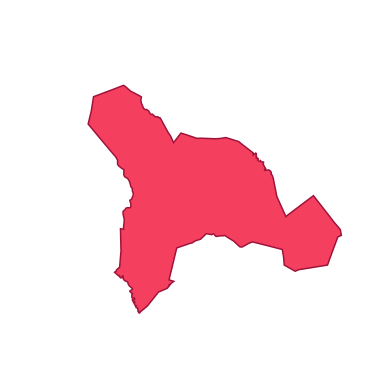 the district of San Cristóbal Amatlán, Oaxaca, Mexico, rotated 149°
{"feature_id": "50627088B79757190065545", "entity_name": "San Cristóbal Amatlán", "entity_type": "district", "adm_level": 2, "iso_a3": "MEX", "parent_name": "Mexico", "parent_adm1": "Oaxaca", "projection": "albers", "projection_center": [-96.353, 16.302], "detail": "fine", "context": "isolated", "style": "filled", "palette": "rose", "viewbox_px": 384, "rotation_deg": 149, "n_neighbors": 0, "source": "geoboundaries", "source_scale": "gbopen_adm2", "svg_char_len": 4944}
<svg xmlns="http://www.w3.org/2000/svg" viewBox="0 0 384 384"><g transform="rotate(149 192 192)"><path d="M246.0,303.8L246.0,303.7L243.2,285.3L240.5,268.3L239.3,261.3L239.4,258.4L239.4,257.7L239.9,256.7L240.1,256.5L241.5,254.2L241.5,252.3L240.7,250.2L240.2,248.8L239.7,247.6L239.3,247.1L239.0,246.4L238.8,246.3L241.1,242.7L241.4,242.4L241.6,241.8L241.7,240.8L241.8,240.6L241.8,240.0L241.7,239.3L241.4,238.8L241.0,238.2L240.7,237.6L240.4,237.1L240.2,236.8L240.2,236.2L240.1,234.9L240.1,234.1L240.2,233.4L240.5,232.4L240.6,231.5L240.8,230.6L241.1,230.1L241.2,229.5L241.4,229.1L241.7,228.1L241.6,227.8L241.6,227.6L241.5,227.1L241.5,226.8L241.5,226.2L241.5,225.6L241.7,225.3L241.8,225.1L242.0,224.7L242.3,224.2L242.6,223.6L242.8,222.1L243.1,221.4L243.5,220.3L244.2,219.4L245.4,218.6L246.7,217.6L247.5,217.0L248.6,216.9L249.4,216.9L249.6,216.9L249.8,216.4L250.0,215.7L250.1,214.8L250.3,214.1L250.8,213.1L251.1,212.2L251.3,211.7L251.8,211.3L252.0,210.9L252.5,210.7L253.3,210.5L254.1,210.9L254.6,211.3L255.3,211.7L255.8,211.9L256.2,212.1L256.7,212.1L257.3,212.0L257.8,211.8L258.4,211.4L259.2,211.2L259.7,211.2L260.2,211.1L261.0,210.9L262.0,209.4L262.3,208.9L263.1,206.8L263.9,204.2L264.9,202.3L266.2,200.5L267.9,198.4L269.6,195.9L269.9,195.3L272.2,197.4L277.1,188.8L283.6,177.4L284.0,177.0L292.7,164.9L296.9,164.1L297.5,163.2L299.7,163.1L298.2,158.1L297.9,158.0L297.5,157.9L297.3,157.6L297.5,157.2L297.7,156.5L297.3,155.1L297.0,155.0L296.4,154.8L295.8,154.8L295.6,155.0L295.3,155.5L295.2,155.8L294.8,155.8L294.5,155.6L294.3,155.3L294.3,155.1L294.5,154.8L294.7,154.6L295.2,154.2L295.5,154.0L295.4,153.7L295.6,153.4L295.6,153.2L295.6,152.5L295.6,151.6L295.4,150.9L295.2,150.5L294.7,149.7L294.4,149.3L294.0,148.7L293.6,148.2L293.5,147.7L293.5,147.4L293.7,147.1L293.9,146.8L294.0,146.3L294.1,145.5L294.1,144.0L294.0,143.4L293.7,142.9L293.6,142.1L293.3,141.6L293.2,141.0L293.0,140.5L292.9,140.2L293.0,139.8L293.2,139.6L293.4,139.3L293.8,139.2L294.2,139.2L294.5,139.1L295.1,139.2L295.2,139.3L295.5,139.4L295.8,139.3L296.1,139.1L296.4,139.0L296.4,138.7L296.3,138.0L296.1,137.4L296.1,137.1L296.0,136.7L295.8,136.5L295.7,136.4L295.5,136.2L295.4,136.0L295.4,135.8L295.4,135.6L295.5,135.4L295.8,135.1L296.1,135.1L296.3,135.0L296.5,134.9L296.6,134.5L296.8,134.4L297.0,134.1L297.2,133.7L297.3,133.5L297.5,133.1L297.7,132.7L297.8,132.4L297.8,132.0L297.7,131.6L297.6,131.4L297.4,131.4L297.2,131.5L296.6,131.4L296.2,131.1L295.9,130.7L296.1,130.2L296.1,129.9L296.4,129.7L296.8,129.4L297.0,129.3L297.2,129.2L297.6,129.4L297.7,129.5L297.8,129.7L297.9,130.0L298.1,130.4L298.3,130.3L298.7,130.3L298.9,127.6L298.7,127.6L298.4,127.6L298.1,127.5L297.9,127.4L297.7,127.1L297.8,126.7L298.2,126.5L298.8,126.3L299.0,126.2L299.2,123.6L298.7,123.3L298.5,123.2L299.0,122.9L299.1,122.7L299.3,122.5L299.4,121.5L299.2,121.3L298.9,121.2L298.7,121.1L298.5,120.9L298.4,120.7L298.5,120.3L298.6,120.1L299.0,119.3L299.2,119.0L299.2,118.6L299.1,118.0L299.2,117.7L299.7,117.5L299.8,116.2L299.7,116.2L299.7,115.8L299.5,115.5L299.3,115.3L299.1,115.3L298.5,115.5L298.3,115.7L298.4,115.9L298.2,116.0L297.8,116.2L297.7,116.2L297.4,115.9L297.0,116.0L289.2,117.2L272.2,123.5L262.9,122.2L258.7,123.7L259.2,124.2L253.6,124.8L256.9,128.5L254.4,131.1L233.9,151.9L222.1,149.4L219.7,148.9L218.2,148.3L214.1,148.4L209.0,147.1L201.2,148.9L197.0,145.2L195.7,145.3L195.1,145.0L194.7,144.0L194.7,142.7L194.2,141.5L190.6,139.9L189.9,139.9L188.7,138.7L186.5,138.1L185.9,137.0L185.4,135.9L181.5,128.3L179.9,122.6L179.2,120.3L178.5,119.7L177.2,119.0L169.4,118.7L168.6,118.5L165.9,118.1L156.4,108.6L144.2,96.2L147.3,88.4L150.6,81.9L144.4,71.0L144.2,70.9L140.5,70.4L138.0,69.4L129.8,66.1L123.3,63.5L114.0,59.8L113.5,59.6L101.9,69.0L101.5,69.3L93.1,76.0L90.3,78.3L87.7,78.1L86.3,77.9L84.2,83.4L85.7,92.4L86.6,100.2L89.8,126.3L107.1,124.5L123.0,122.8L124.2,122.5L121.6,144.4L115.2,162.2L114.6,165.5L115.0,166.3L114.9,166.5L113.9,168.1L114.0,169.5L114.5,170.5L114.4,170.8L115.1,171.5L118.4,173.0L118.1,174.0L117.2,173.4L116.7,174.2L116.8,175.2L117.0,175.5L116.7,177.9L117.0,178.9L115.9,179.8L115.3,180.8L117.4,182.6L117.5,182.7L117.3,183.2L117.0,183.6L117.1,183.8L117.9,183.6L118.8,183.8L119.0,184.3L119.2,185.6L119.0,185.9L118.1,186.0L118.0,186.4L118.4,187.1L119.4,188.0L119.3,188.4L118.5,188.7L118.3,189.1L118.5,189.6L118.4,190.1L117.5,191.0L117.2,191.6L117.3,192.5L118.2,192.3L119.0,192.6L120.5,192.1L120.1,193.1L119.4,193.9L124.6,207.2L126.0,211.2L135.0,221.3L139.6,223.1L144.4,225.5L156.9,233.7L160.2,235.5L167.3,243.9L171.1,248.2L182.4,243.8L181.5,251.2L181.8,255.0L181.5,262.5L181.1,270.9L181.3,272.4L182.1,272.6L182.7,274.3L183.6,274.5L184.9,275.8L185.2,276.3L185.2,276.7L185.3,277.2L185.6,277.5L185.6,278.5L185.7,278.9L186.9,279.4L187.2,279.8L187.3,280.6L187.6,281.6L187.3,283.6L188.4,286.1L190.0,287.0L190.4,288.9L189.5,294.8L188.3,297.4L186.4,299.5L187.6,301.8L192.8,310.3L194.7,316.6L195.8,318.7L210.5,321.3L227.3,324.4L236.6,313.3L246.0,303.8Z" fill="#f43f5e" stroke="#9f1239" stroke-width="1.5"/></g></svg>